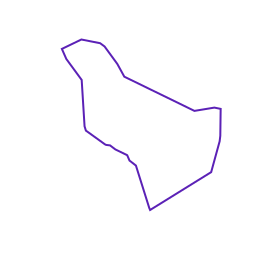 the district of Dowletli, Chardzhou, Turkmenistan, rotated 116°
{"feature_id": "10190150B29958547271775", "entity_name": "Dowletli", "entity_type": "district", "adm_level": 2, "iso_a3": "TKM", "parent_name": "Turkmenistan", "parent_adm1": "Chardzhou", "projection": "robinson", "projection_center": [63.503, 39.056], "detail": "fine", "context": "isolated", "style": "outline", "palette": "violet", "viewbox_px": 256, "rotation_deg": 116, "n_neighbors": 0, "source": "geoboundaries", "source_scale": "gbopen_adm2", "svg_char_len": 490}
<svg xmlns="http://www.w3.org/2000/svg" viewBox="0 0 256 256"><g transform="rotate(116 128 128)"><path d="M131.2,33.9L99.8,39.8L94.6,41.6L70.2,53.1L71.8,59.3L83.5,75.8L83.5,125.0L83.5,146.5L83.5,149.8L83.5,153.8L75.1,165.7L65.0,184.8L64.0,190.2L68.9,208.7L85.9,222.1L93.0,213.7L105.1,190.7L145.5,167.8L148.8,164.7L152.8,141.5L152.8,140.3L151.5,136.5L152.8,130.0L152.8,116.8L156.6,112.4L158.3,104.4L190.5,73.9L192.0,72.2L131.2,33.9Z" fill="none" stroke="#5b21b6" stroke-width="2"/></g></svg>